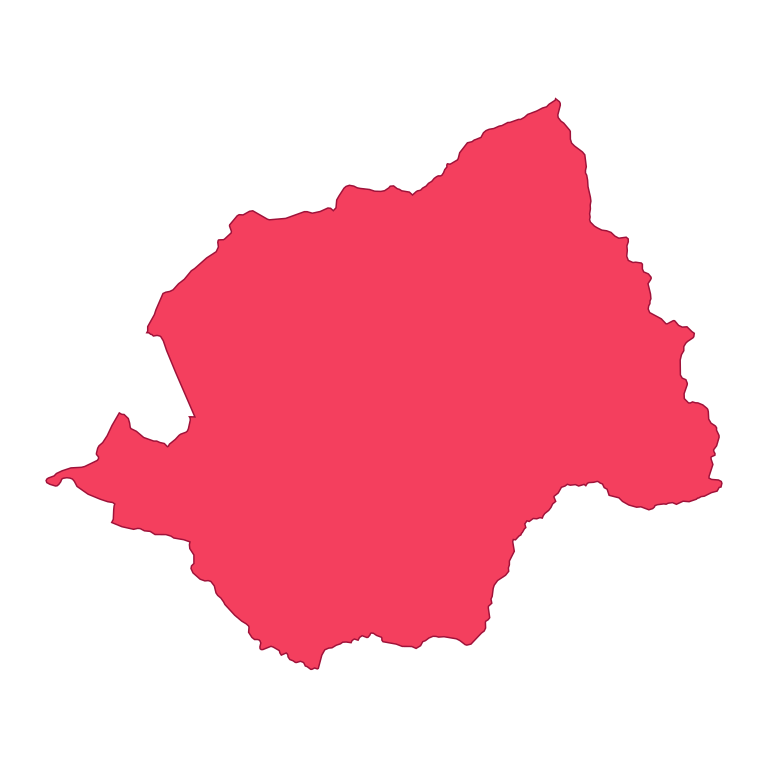 San Marcos, Cajamarca, Peru (Albers equal-area conic projection)
{"feature_id": "86281439B35879365662070", "entity_name": "San Marcos", "entity_type": "district", "adm_level": 2, "iso_a3": "PER", "parent_name": "Peru", "parent_adm1": "Cajamarca", "projection": "albers", "projection_center": [-78.029, -7.273], "detail": "fine", "context": "isolated", "style": "filled", "palette": "rose", "viewbox_px": 768, "rotation_deg": 0, "n_neighbors": 0, "source": "geoboundaries", "source_scale": "gbopen_adm2", "svg_char_len": 6100}
<svg xmlns="http://www.w3.org/2000/svg" viewBox="0 0 768 768"><path d="M555.6,98.7L555.2,100.2L549.1,104.2L546.6,106.8L542.5,108.0L536.5,111.1L527.7,114.4L524.4,117.3L520.7,119.4L518.5,119.4L510.0,122.4L507.8,122.5L501.9,125.6L499.2,126.1L493.8,128.5L489.1,129.3L486.0,130.6L483.5,132.7L481.0,137.4L474.1,140.1L472.0,141.7L467.4,142.8L459.7,152.7L458.2,158.6L457.3,160.0L450.1,164.2L447.4,163.8L446.8,165.0L446.9,167.0L444.8,169.5L443.5,172.8L441.8,175.3L440.6,175.9L438.2,175.9L436.4,176.8L434.2,178.4L431.7,181.4L428.5,183.3L426.1,186.1L422.6,188.1L420.6,190.2L417.4,190.9L416.0,191.8L412.5,195.0L409.4,192.1L401.7,190.8L399.5,189.4L397.2,188.7L393.6,185.9L390.2,186.2L388.8,187.9L384.6,190.7L380.9,191.4L374.7,191.2L369.5,189.5L360.0,188.4L357.2,187.8L353.8,186.1L349.4,185.3L346.1,186.4L344.0,188.2L338.9,196.1L336.7,200.0L336.0,207.8L333.3,210.7L330.6,208.3L327.9,208.0L320.2,211.5L312.3,213.2L307.2,211.7L304.3,211.7L285.7,218.4L269.5,219.8L267.6,219.3L252.8,210.8L249.5,211.3L243.1,214.9L239.1,214.7L237.2,215.8L229.7,224.8L229.5,225.9L231.4,231.3L231.2,232.9L224.4,239.2L223.4,239.7L218.8,239.9L218.2,240.4L217.8,242.3L218.4,247.0L216.2,251.7L206.7,257.9L194.6,268.6L191.3,270.8L184.3,279.3L178.6,283.7L173.1,289.8L169.9,291.4L165.8,292.2L163.0,293.5L155.9,309.9L154.4,314.6L147.7,326.6L147.7,331.1L146.8,332.7L148.8,332.8L150.7,334.3L151.8,334.5L153.4,336.0L157.1,335.4L159.8,336.0L160.9,336.8L163.3,340.8L166.6,350.5L175.6,372.3L194.9,416.9L189.4,416.8L190.1,418.1L190.3,420.1L188.4,428.7L187.4,431.0L186.0,432.2L180.6,434.2L179.0,435.4L175.3,439.4L169.5,444.1L168.2,446.4L167.4,446.7L164.3,443.5L159.9,442.5L156.8,441.1L153.8,441.1L143.7,437.5L136.4,431.3L130.9,428.6L130.2,427.2L129.6,423.0L128.3,418.5L124.1,414.5L121.7,414.3L119.3,412.9L112.0,425.5L107.2,435.7L102.7,442.6L99.0,445.8L97.7,448.2L96.4,453.4L96.5,454.5L98.5,456.9L98.5,458.7L97.3,460.4L84.7,466.5L81.5,467.3L70.9,467.9L62.1,470.8L56.4,473.5L54.1,475.9L48.4,478.0L46.9,479.0L46.1,480.6L46.8,482.6L49.9,484.3L55.5,486.0L57.1,485.8L58.8,484.4L60.7,481.8L61.7,479.2L63.1,478.3L66.8,477.7L70.0,478.1L72.5,479.1L74.4,481.4L77.0,486.4L88.1,494.2L100.2,499.2L107.7,501.7L112.7,502.5L114.8,504.0L114.1,506.0L113.7,509.9L113.3,519.3L111.7,522.5L121.9,526.7L133.6,529.3L137.7,528.4L140.2,528.6L144.4,530.8L150.2,531.4L155.0,534.5L166.0,534.6L171.0,536.1L173.8,538.0L183.7,539.7L190.0,541.9L189.4,544.7L189.8,548.6L193.9,555.0L193.9,563.5L191.5,565.9L191.0,568.5L193.0,572.9L200.1,579.2L204.9,580.9L208.2,580.6L210.8,581.4L214.3,585.9L216.0,592.9L217.7,595.4L220.9,598.1L223.6,601.9L224.9,604.5L234.8,615.3L241.7,621.1L246.3,623.9L248.6,626.0L249.0,627.2L248.6,632.3L251.9,637.4L254.5,639.5L257.5,639.5L259.2,640.0L260.0,640.9L260.8,643.0L259.9,646.9L260.1,648.7L261.2,649.6L262.8,649.6L271.0,646.3L273.3,647.1L279.3,650.6L279.9,652.9L281.3,655.1L286.2,653.0L287.1,653.7L287.9,655.2L288.0,656.8L289.8,659.5L293.1,660.8L295.3,662.4L296.5,662.5L300.5,661.3L303.1,662.3L303.9,663.0L305.3,666.0L307.1,666.6L310.7,669.3L311.9,669.3L314.6,668.0L317.3,668.9L318.3,668.4L321.8,655.2L324.8,649.8L328.7,648.1L332.0,647.8L336.3,645.2L340.5,643.8L342.7,642.2L346.1,642.0L351.1,642.7L352.1,640.5L354.3,639.0L358.1,640.2L359.5,637.5L362.1,635.7L366.9,637.5L368.0,637.3L369.8,635.2L370.6,633.4L371.5,633.0L373.5,633.3L376.5,635.4L381.3,637.2L381.8,637.8L381.9,640.2L383.0,641.7L396.2,644.1L402.3,646.4L411.8,646.5L416.1,648.4L420.6,645.7L422.7,641.7L425.5,640.6L428.9,638.0L433.0,636.3L436.1,636.4L438.6,637.1L444.0,636.7L456.4,638.8L459.8,640.5L465.1,644.6L466.8,645.1L471.0,644.1L481.5,633.0L484.2,631.0L485.6,628.0L485.4,622.2L485.8,621.2L488.2,619.7L489.7,617.7L488.3,607.8L488.4,606.3L491.8,603.2L491.0,599.1L492.2,596.3L493.2,588.4L494.2,585.2L497.6,580.5L505.6,575.2L508.7,571.3L508.4,567.9L509.4,564.8L509.4,561.0L514.3,551.3L512.7,541.6L513.3,539.5L515.5,539.8L519.0,536.0L521.0,534.8L521.3,533.5L522.3,532.5L524.5,528.7L525.8,527.6L524.8,523.9L527.0,520.8L529.2,521.5L533.2,518.5L536.8,518.8L539.9,517.6L542.3,518.1L543.2,515.8L544.7,513.6L548.8,510.3L551.0,507.4L552.6,504.0L555.7,501.4L553.9,496.9L554.3,496.1L558.2,493.0L561.4,487.3L565.1,486.0L567.3,484.3L570.2,485.2L575.4,484.6L578.7,486.0L584.1,484.4L585.8,485.7L587.3,483.4L588.8,482.6L593.6,482.3L597.2,481.4L598.4,481.7L600.1,483.0L602.5,484.0L604.2,487.6L607.1,489.2L609.1,495.3L618.9,497.8L622.5,501.4L628.8,505.0L636.6,507.2L640.9,506.8L648.9,509.8L652.7,508.6L654.4,507.0L655.0,505.6L657.4,504.7L663.8,503.9L666.2,504.2L668.2,503.2L672.5,502.6L676.4,504.3L683.1,501.2L689.1,501.7L696.4,499.2L697.6,498.1L698.7,498.0L701.1,496.6L704.3,496.2L711.5,492.6L717.1,491.1L719.2,487.4L721.0,487.0L721.9,483.3L721.3,481.5L718.5,480.0L711.5,479.4L709.0,478.1L709.1,476.2L712.9,464.5L711.1,459.1L711.0,457.4L711.4,456.8L714.9,455.2L715.0,453.6L713.9,451.6L713.6,449.8L716.6,445.8L719.1,437.3L719.0,435.4L716.5,430.1L716.6,427.9L716.1,427.1L715.5,426.1L711.0,423.1L708.7,419.1L708.3,411.5L707.7,409.3L706.9,408.3L702.8,404.9L697.9,402.9L695.5,402.8L692.5,401.9L690.3,403.0L688.5,402.9L684.3,398.6L684.1,393.7L687.2,384.8L687.3,383.3L685.9,379.7L682.2,378.1L680.4,375.0L680.2,360.0L681.5,354.6L683.8,350.7L683.8,346.6L685.7,343.3L687.5,341.5L693.0,337.8L693.8,336.7L694.3,333.3L692.0,331.7L687.0,326.8L682.3,327.1L678.6,325.4L674.9,321.0L674.1,320.6L673.2,320.7L667.2,323.8L666.0,323.8L661.4,318.9L649.7,312.6L648.2,309.0L648.7,305.9L649.9,303.7L650.0,300.9L650.9,298.8L650.5,294.0L648.0,283.7L650.7,279.5L651.2,278.2L651.0,277.1L648.4,273.9L643.7,271.9L642.4,269.0L642.4,264.2L641.3,263.0L635.7,262.2L632.9,262.5L628.3,260.4L626.7,256.2L627.3,250.5L626.9,245.9L628.3,241.8L628.2,238.9L626.2,237.2L618.8,238.2L614.9,236.1L611.0,232.4L606.7,230.8L601.8,230.1L597.2,227.8L594.4,226.1L590.4,222.1L589.6,219.7L590.1,217.0L589.6,213.8L590.4,208.9L590.2,205.1L590.9,201.2L590.4,197.2L588.0,186.6L587.6,180.1L586.7,175.2L585.5,173.0L585.5,170.2L586.3,166.8L584.8,154.8L582.5,152.0L574.5,146.0L571.6,143.1L570.4,139.2L570.3,131.4L569.6,130.1L563.7,123.1L560.9,121.1L558.2,117.6L557.8,115.0L560.3,105.2L560.2,103.3L559.4,101.7L555.6,98.7Z" fill="#f43f5e" stroke="#9f1239" stroke-width="1.5"/></svg>